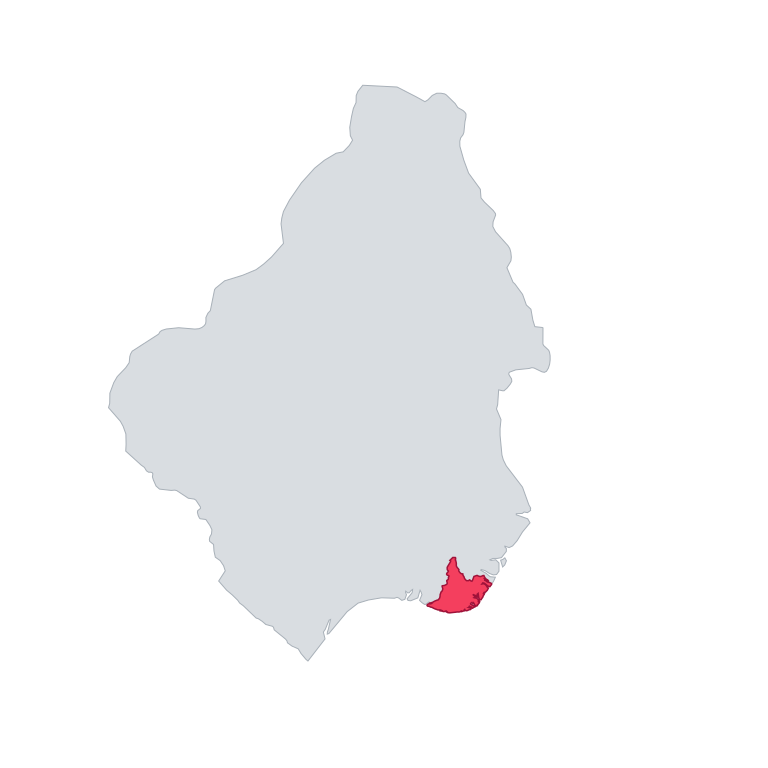 Bayelsa on a map of Nigeria (orthographic projection), rotated 310°
{"feature_id": "NGA-2845", "entity_name": "Bayelsa", "entity_type": "State", "adm_level": 1, "iso_a3": "NGA", "parent_name": "Nigeria", "parent_adm1": "", "projection": "orthographic", "projection_center": [6.155, 4.833], "detail": "fine", "context": "in_parent", "style": "filled", "palette": "rose", "viewbox_px": 768, "rotation_deg": 310, "n_neighbors": 0, "source": "natural_earth", "source_scale": "10m", "svg_char_len": 7326}
<svg xmlns="http://www.w3.org/2000/svg" viewBox="0 0 768 768"><g transform="rotate(310 384 384)"><path d="M599.2,175.7L619.9,203.1L624.6,223.7L626.6,233.9L629.9,235.0L636.1,235.5L640.6,237.5L643.4,240.8L645.2,244.0L645.5,245.9L644.6,258.2L643.2,262.8L644.3,268.9L644.1,271.5L643.5,273.3L640.8,275.4L637.0,277.4L628.2,283.4L625.7,284.3L621.9,284.5L618.7,286.0L614.9,289.3L606.8,301.2L599.9,313.3L595.1,332.6L588.9,338.7L587.9,344.1L587.1,356.2L586.2,359.8L585.2,360.9L578.4,363.3L574.6,366.1L572.3,371.6L569.6,390.2L568.6,393.3L566.4,396.5L563.0,400.0L560.0,402.0L552.1,403.4L544.9,417.4L544.8,419.9L541.7,432.6L536.0,442.3L535.7,448.5L528.6,457.0L524.9,462.7L528.9,468.7L529.2,469.7L516.8,480.0L516.1,481.5L515.7,488.5L514.7,490.4L512.5,493.0L509.1,495.9L505.7,498.1L501.9,499.7L498.2,500.3L496.1,499.4L494.9,497.3L492.7,488.7L491.6,486.8L489.2,485.2L479.5,475.8L473.7,472.5L472.4,472.7L471.5,473.6L469.9,478.4L468.2,480.2L465.2,480.8L459.9,480.9L456.0,480.3L455.1,479.3L453.2,475.6L441.3,484.3L437.2,486.2L431.9,496.5L424.4,501.6L419.2,506.0L405.4,520.0L402.6,524.1L399.9,530.2L394.0,556.4L384.5,572.7L383.2,576.2L382.7,576.1L381.4,577.6L377.7,576.6L376.0,573.6L373.7,573.1L369.7,568.7L368.8,569.4L373.1,580.7L371.5,585.1L359.7,585.2L349.6,586.7L342.6,586.6L339.1,585.0L337.5,580.8L336.9,581.2L336.6,583.5L334.4,585.3L326.5,585.6L323.1,582.8L320.3,579.5L317.3,578.1L317.7,579.5L321.2,582.6L320.8,587.1L314.5,592.4L310.4,592.7L308.0,590.4L306.7,586.7L306.0,581.3L304.4,577.7L303.5,577.7L304.6,583.7L304.6,589.2L307.6,593.5L303.0,594.8L297.5,595.0L296.8,593.4L296.1,589.8L295.1,588.9L294.0,594.9L282.6,596.6L281.0,596.3L280.7,595.2L281.5,593.6L281.3,590.9L278.8,592.9L278.4,597.1L277.0,597.8L272.7,597.2L267.9,595.0L260.3,589.8L250.9,581.2L249.3,577.4L246.6,572.6L241.8,559.6L242.6,559.1L244.8,559.8L245.9,558.5L242.0,557.6L241.2,556.7L240.9,553.8L241.1,550.3L247.0,548.5L248.4,546.3L249.2,544.2L241.9,547.4L235.1,543.8L233.6,541.5L234.3,539.8L242.2,539.7L245.0,538.0L243.3,537.5L240.3,537.5L239.2,536.4L239.3,533.8L238.3,534.3L237.0,536.7L232.4,538.4L229.7,536.7L229.5,532.8L228.9,531.1L226.6,529.7L218.6,519.5L208.5,510.9L199.5,505.0L185.9,502.1L157.5,502.2L155.9,501.3L157.7,500.0L160.2,499.1L169.3,494.4L167.8,493.7L158.3,496.7L155.0,497.0L150.8,502.7L122.9,503.8L122.9,501.2L124.2,493.7L126.0,488.5L124.1,482.1L123.7,476.4L124.9,474.7L125.3,472.5L125.1,457.9L126.6,455.8L126.7,454.3L123.8,448.0L123.9,443.2L123.4,438.6L122.5,436.5L123.7,418.7L123.4,414.2L124.3,411.1L124.9,403.4L124.9,395.9L126.8,384.0L138.8,382.5L141.7,377.9L143.4,372.0L142.9,366.1L146.8,361.1L151.5,356.6L151.4,351.6L152.7,350.1L154.9,348.9L158.1,348.3L161.7,345.9L163.7,341.6L165.7,334.6L162.6,329.8L162.7,328.7L163.9,326.1L165.8,323.5L167.3,322.7L170.7,323.4L171.8,322.4L174.1,314.7L173.9,312.7L170.7,307.5L169.1,293.7L168.2,291.9L165.7,289.4L159.2,279.6L159.3,275.0L162.2,269.1L164.0,266.3L166.6,264.7L167.1,263.3L166.3,261.7L165.1,260.4L164.8,257.8L166.1,254.1L165.8,250.0L166.6,229.3L172.0,225.2L179.8,218.4L183.9,211.4L186.0,206.0L188.8,188.2L192.9,186.3L200.8,179.9L211.4,176.1L218.3,174.9L230.3,175.7L236.5,175.1L241.7,171.6L244.0,170.6L247.3,170.0L277.4,179.3L280.2,178.8L282.5,179.5L286.2,181.9L295.1,190.5L304.5,203.8L307.4,206.7L310.3,208.2L313.2,208.8L315.5,208.6L317.6,207.3L320.5,204.8L325.0,203.6L328.6,203.8L347.3,193.6L349.1,193.4L360.6,195.6L376.4,205.8L389.3,212.5L398.4,214.7L409.0,216.2L427.1,216.6L440.5,202.2L445.5,199.0L451.5,196.1L464.1,193.4L485.1,191.4L504.7,192.1L517.0,194.5L530.0,199.0L535.6,203.5L544.4,204.1L550.6,203.2L552.5,198.7L558.6,192.8L567.9,187.3L575.4,183.4L581.6,181.7L587.1,177.3L591.5,175.9L599.2,175.7ZM327.3,591.4L323.0,592.8L320.1,592.5L324.0,586.6L326.0,587.8L328.5,588.3L327.3,591.4Z" fill="#d9dde1" stroke="#a8b0b8" stroke-width="1"/><path d="M301.5,583.7L301.2,584.0L300.5,585.9L300.2,587.9L300.6,589.4L300.4,589.8L300.3,590.7L300.3,591.3L299.8,590.2L299.7,589.6L299.6,586.9L299.3,586.3L299.2,586.6L299.0,586.9L298.7,587.1L298.4,587.3L298.7,587.9L298.7,590.0L298.9,590.7L299.4,591.7L299.8,592.6L300.2,594.1L300.3,594.6L299.9,595.1L299.5,595.3L298.1,595.3L296.8,595.4L296.6,595.1L296.1,593.7L296.0,592.3L296.0,590.2L295.8,588.6L295.2,587.5L293.8,587.6L295.0,588.6L295.5,590.2L295.3,592.0L294.7,593.7L294.7,595.2L292.4,595.7L289.8,595.5L288.6,594.6L288.0,594.8L287.4,594.9L287.8,595.8L287.0,596.0L285.9,596.1L285.1,596.3L284.2,596.7L282.2,596.8L281.3,597.1L280.3,595.8L281.2,593.9L284.1,590.7L283.5,590.6L283.1,590.5L282.9,590.5L282.5,590.7L281.0,592.5L280.8,590.1L280.1,587.9L279.8,587.9L279.7,588.8L279.8,589.9L280.0,591.0L280.4,591.8L279.9,591.4L279.6,590.9L279.0,590.5L278.2,590.3L278.7,591.4L279.2,592.1L279.5,592.8L279.4,594.0L279.2,594.9L278.8,595.5L278.6,595.7L278.2,595.9L277.9,596.1L277.9,596.8L278.3,596.6L278.6,596.6L279.2,596.8L278.9,597.2L277.7,597.6L276.0,597.7L274.9,597.4L274.7,597.6L274.4,597.8L274.3,598.0L273.6,597.7L273.2,597.3L273.0,596.7L273.0,595.8L273.2,595.1L273.8,594.0L273.9,593.4L273.7,593.5L273.2,593.6L273.0,593.0L273.2,591.8L272.7,591.7L272.2,591.6L271.7,591.4L271.2,591.6L271.0,592.0L271.1,592.7L271.3,593.3L271.5,593.7L271.3,594.3L271.6,594.8L271.9,595.3L272.1,596.0L272.0,597.0L271.6,596.9L271.1,596.5L270.4,596.2L269.5,596.1L269.1,595.9L269.0,594.3L269.3,594.2L268.8,593.2L268.7,593.1L268.7,592.3L268.7,591.6L268.1,593.1L267.9,592.9L267.2,592.5L267.9,594.0L268.0,594.8L267.5,595.3L266.8,595.2L266.2,594.7L265.6,594.2L265.2,594.0L264.3,593.7L263.3,592.9L262.8,591.8L263.3,590.7L262.8,590.6L262.4,590.7L262.3,591.1L262.3,591.6L262.1,591.6L261.3,590.8L259.5,589.8L259.0,589.1L259.3,589.3L259.9,589.5L260.2,589.7L259.9,589.2L259.3,588.9L258.7,588.8L258.1,588.5L257.1,587.5L256.8,587.0L255.6,585.8L255.3,585.6L251.2,581.7L249.9,580.0L249.5,578.1L249.8,578.2L250.1,578.4L250.1,577.5L248.2,576.3L247.7,575.5L247.5,574.7L246.3,572.8L245.8,572.2L247.4,573.2L247.0,572.1L245.6,570.5L244.3,567.0L243.9,564.9L243.7,564.2L243.1,563.1L242.9,562.4L242.8,561.6L242.6,561.3L242.3,561.0L242.0,560.5L241.9,559.8L242.1,559.3L242.6,559.0L243.3,559.1L244.0,559.3L244.5,559.7L245.3,560.8L245.9,561.2L245.2,559.4L246.4,560.5L248.1,561.6L250.1,562.3L252.4,563.5L253.3,564.2L254.3,564.3L255.1,564.2L255.8,564.2L257.4,563.4L258.9,562.3L259.8,562.0L260.6,561.7L261.4,561.4L262.3,561.6L263.6,561.3L264.9,560.7L266.3,558.6L266.9,558.3L268.4,559.7L269.4,560.2L270.3,560.6L271.5,560.8L272.2,560.4L273.5,558.6L273.9,558.4L274.4,558.5L275.0,558.7L275.5,558.8L276.1,558.6L276.4,558.4L276.7,558.1L277.0,557.8L278.1,557.5L278.6,557.2L278.8,556.8L278.7,556.4L278.3,555.7L278.2,555.2L278.6,554.1L279.4,553.8L281.3,553.8L282.1,553.6L282.2,553.4L282.2,552.7L282.3,552.2L282.5,551.8L282.9,551.3L283.3,551.0L284.1,550.3L284.8,550.1L290.6,549.2L291.3,548.8L291.2,547.8L295.3,548.2L296.6,549.8L296.8,549.9L296.9,550.2L296.9,550.5L296.7,550.7L296.3,551.1L296.2,551.2L296.0,551.4L295.2,551.6L295.0,551.8L294.9,552.3L294.6,552.8L293.1,554.7L292.1,555.5L291.1,556.4L290.5,557.8L290.2,559.8L289.9,560.8L289.1,561.2L288.8,561.6L288.5,562.6L288.3,563.7L288.3,564.6L288.4,565.1L288.6,565.6L288.9,566.0L289.2,566.4L288.4,567.3L288.0,568.2L287.9,568.9L287.0,570.3L286.5,571.8L286.4,573.6L287.5,575.0L288.1,575.3L288.8,575.3L289.1,575.9L288.9,576.7L289.4,578.1L290.8,577.9L294.4,576.6L297.2,578.3L297.6,579.9L298.3,581.4L299.5,582.3L301.0,583.0L301.5,583.7Z" fill="#f43f5e" stroke="#9f1239" stroke-width="1.5"/></g></svg>